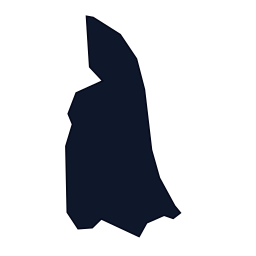 SVG path tracing the border of Carrickfergus, rotated 276°
{"feature_id": "GBR-2096", "entity_name": "Carrickfergus", "entity_type": "District", "adm_level": 1, "iso_a3": "GBR", "parent_name": "United Kingdom", "parent_adm1": "", "projection": "robinson", "projection_center": [-5.816, 54.729], "detail": "fine", "context": "isolated", "style": "filled", "palette": "ink", "viewbox_px": 256, "rotation_deg": 276, "n_neighbors": 0, "source": "natural_earth", "source_scale": "10m", "svg_char_len": 448}
<svg xmlns="http://www.w3.org/2000/svg" viewBox="0 0 256 256"><g transform="rotate(276 128 128)"><path d="M234.8,75.0L234.3,81.8L220.1,110.5L197.7,129.2L168.1,140.3L108.6,153.7L81.6,164.5L55.5,182.5L49.1,189.0L48.3,188.2L42.8,182.4L45.0,173.0L35.6,156.5L21.2,150.4L34.8,110.9L25.1,102.9L22.6,88.9L37.8,76.4L103.4,68.1L125.9,72.4L135.9,67.0L157.5,72.8L172.2,97.9L184.7,83.5L234.8,75.0Z" fill="#0f172a" stroke="#020617" stroke-width="1.5"/></g></svg>